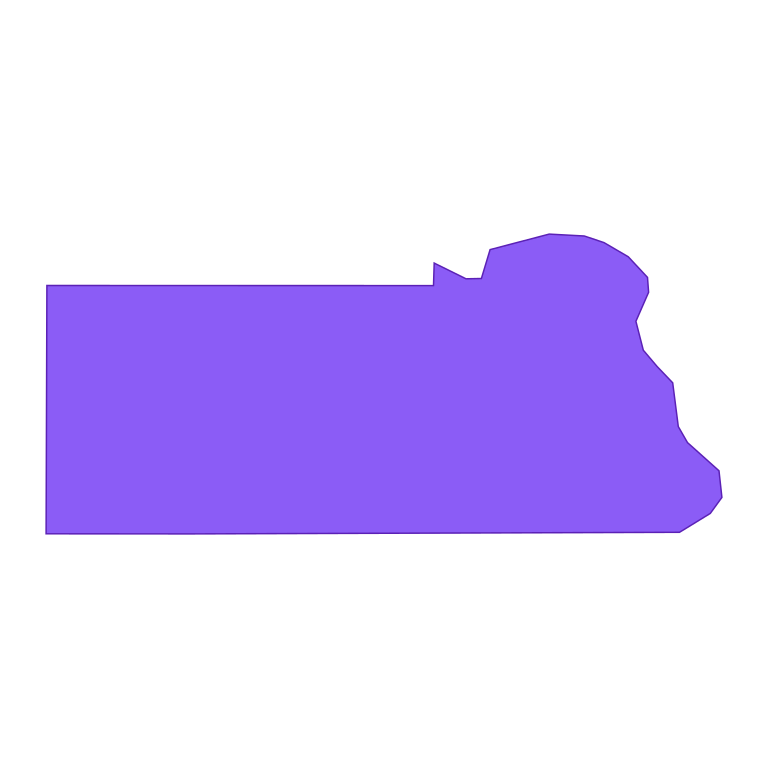 outline of Oliver, North Dakota, United States of America
{"feature_id": "52423323B97337379799338", "entity_name": "Oliver", "entity_type": "district", "adm_level": 2, "iso_a3": "USA", "parent_name": "United States of America", "parent_adm1": "North Dakota", "projection": "robinson", "projection_center": [-101.106, 47.138], "detail": "fine", "context": "isolated", "style": "filled", "palette": "violet", "viewbox_px": 768, "rotation_deg": 0, "n_neighbors": 0, "source": "geoboundaries", "source_scale": "gbopen_adm2", "svg_char_len": 430}
<svg xmlns="http://www.w3.org/2000/svg" viewBox="0 0 768 768"><path d="M679.5,532.3L710.3,513.4L721.9,497.4L719.0,470.8L687.5,442.6L678.3,426.6L672.7,382.8L657.2,366.6L643.3,350.2L635.9,321.3L648.6,292.3L647.5,277.4L628.3,256.8L604.0,242.6L584.3,236.0L549.2,234.1L490.1,249.6L481.4,278.5L466.0,278.8L434.2,263.1L433.5,285.6L46.9,285.5L46.1,533.8L190.5,533.9L679.5,532.3Z" fill="#8b5cf6" stroke="#5b21b6" stroke-width="1.5"/></svg>